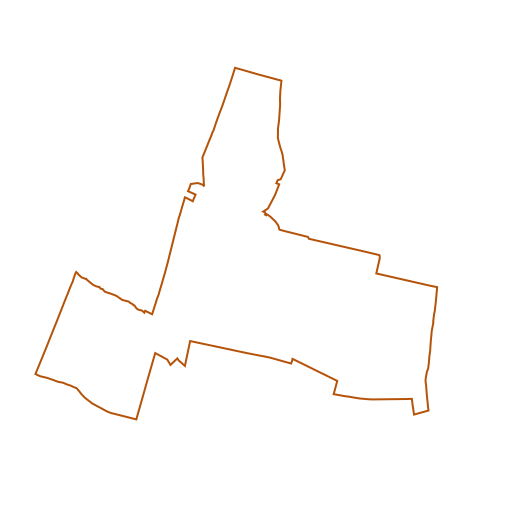 Rediu, Galati, Romania, rotated 100°
{"feature_id": "2599482B99590991527572", "entity_name": "Rediu", "entity_type": "district", "adm_level": 2, "iso_a3": "ROU", "parent_name": "Romania", "parent_adm1": "Galati", "projection": "robinson", "projection_center": [27.841, 45.712], "detail": "fine", "context": "isolated", "style": "outline", "palette": "amber", "viewbox_px": 512, "rotation_deg": 100, "n_neighbors": 0, "source": "geoboundaries", "source_scale": "gbopen_adm2", "svg_char_len": 5337}
<svg xmlns="http://www.w3.org/2000/svg" viewBox="0 0 512 512"><g transform="rotate(100 256 256)"><path d="M363.1,442.6L368.0,443.6L372.2,444.5L378.6,445.8L382.5,446.6L385.1,447.2L393.1,448.9L410.5,452.7L411.9,447.7L412.2,441.8L412.5,439.1L413.1,435.2L414.0,430.5L414.3,428.8L414.3,425.6L414.3,424.0L414.8,422.1L415.5,418.9L415.8,416.0L416.2,414.7L416.7,412.9L417.3,409.8L419.8,406.7L422.3,404.0L425.2,400.0L426.0,398.6L428.4,394.0L430.0,391.0L430.1,390.3L434.7,376.5L435.0,375.6L435.5,373.1L435.8,371.5L437.0,354.7L437.7,345.5L423.1,344.0L394.5,341.1L369.1,338.4L373.4,325.4L378.1,321.3L370.5,315.7L371.2,315.0L372.2,314.1L376.6,306.9L376.4,306.9L351.2,306.1L352.9,257.1L353.2,248.6L353.6,225.0L355.8,202.8L353.1,202.2L351.0,202.2L352.0,198.6L360.4,169.8L364.9,154.3L378.6,155.5L378.6,143.6L378.4,140.6L378.4,133.9L378.3,129.1L377.7,122.0L377.2,117.4L370.7,82.9L369.6,77.7L375.6,75.9L377.6,75.2L384.7,72.8L378.5,59.8L378.2,59.3L372.7,61.0L372.4,61.0L367.6,62.4L365.0,63.1L363.7,63.5L356.8,65.3L354.4,65.8L351.3,66.9L348.8,67.5L345.8,67.6L340.1,67.6L339.8,67.5L337.9,67.1L337.5,67.0L336.6,66.9L334.6,67.1L332.2,67.1L325.2,67.8L319.1,68.0L318.6,68.1L308.3,69.2L303.7,69.5L299.8,69.9L290.4,69.8L290.1,70.1L284.7,70.4L282.4,70.5L278.8,70.4L269.4,71.0L255.2,72.2L255.0,80.0L254.5,90.0L252.3,134.5L237.9,133.8L236.1,133.9L234.4,134.2L234.1,134.3L233.7,134.6L232.8,149.7L229.9,206.1L229.9,206.8L228.2,208.1L226.9,226.2L226.6,230.8L226.1,236.7L225.8,237.7L224.2,238.3L222.3,239.3L221.5,239.9L219.2,242.3L218.1,243.6L217.4,244.7L214.8,248.7L213.3,251.7L213.0,252.7L214.1,253.0L213.7,254.3L213.1,254.1L211.9,254.4L211.4,254.7L211.3,255.2L211.0,256.6L207.2,252.5L194.1,248.3L191.9,247.7L181.4,245.6L180.8,248.6L177.6,247.8L176.1,245.0L168.3,243.0L166.7,242.5L159.9,244.8L157.0,245.7L152.4,247.2L151.8,247.4L150.1,248.2L148.4,249.0L146.3,250.2L145.3,250.7L142.2,252.2L140.4,253.0L138.3,254.0L137.3,254.4L136.3,254.8L135.7,255.0L133.8,255.3L131.4,255.7L127.1,256.4L126.5,256.5L118.8,256.8L102.0,258.6L100.5,259.0L96.7,259.7L94.7,260.0L88.9,260.7L88.5,260.7L87.4,260.8L85.9,260.9L85.5,260.9L83.8,261.1L83.0,261.1L79.6,261.3L79.1,261.3L79.0,261.5L78.9,261.6L78.8,262.2L78.6,265.4L78.3,268.6L76.8,285.4L74.3,309.3L81.3,310.2L92.0,311.7L95.6,312.3L97.4,312.6L109.3,314.5L113.6,315.2L116.1,315.6L120.2,316.5L124.8,317.3L127.2,317.7L131.8,318.5L139.9,319.7L141.9,320.4L143.3,320.6L144.2,320.7L144.3,320.8L144.6,320.8L145.1,320.9L145.3,321.0L145.6,321.0L145.8,321.1L146.0,321.1L146.3,321.2L146.5,321.2L146.8,321.3L147.0,321.3L147.6,321.4L147.7,321.5L147.8,321.5L148.1,321.6L148.4,321.6L148.5,321.6L149.0,321.8L149.4,321.8L149.5,321.9L154.3,322.9L161.5,324.4L165.7,325.3L167.9,325.8L168.4,325.9L169.0,325.7L170.5,325.3L180.9,322.9L185.5,322.0L188.5,321.1L194.4,319.8L195.5,319.4L195.9,319.6L195.5,320.1L195.2,320.6L194.6,323.3L194.3,326.2L196.4,332.7L201.1,333.5L204.0,334.2L206.0,326.2L213.1,327.8L212.4,329.7L210.5,336.1L210.9,336.2L211.3,336.2L211.6,336.3L212.6,336.4L213.1,336.4L214.1,336.5L214.8,336.6L215.5,336.7L216.7,336.8L217.0,336.9L218.3,337.0L218.6,337.0L218.9,337.1L219.2,337.1L219.7,337.2L220.6,337.3L220.8,337.3L221.0,337.3L221.6,337.4L226.5,337.9L228.1,338.1L229.4,338.2L229.5,338.3L230.4,338.4L232.1,338.7L238.0,339.0L238.6,339.1L238.9,339.1L239.0,339.1L239.3,339.1L239.5,339.1L239.9,339.2L240.0,339.2L240.5,339.2L240.8,339.2L241.0,339.2L241.1,339.3L241.6,339.3L241.8,339.3L242.1,339.3L242.6,339.4L242.8,339.4L243.6,339.4L243.9,339.4L244.1,339.5L244.3,339.5L244.5,339.5L244.8,339.5L245.1,339.5L245.3,339.5L245.6,339.6L245.9,339.6L246.1,339.6L246.8,339.7L247.2,339.7L247.3,339.7L247.6,339.7L248.0,339.7L248.3,339.8L248.6,339.8L248.9,339.8L249.3,339.8L249.8,339.9L250.0,339.9L250.5,339.9L251.2,340.0L251.6,340.0L251.9,340.0L252.3,340.0L252.6,340.1L252.8,340.1L253.6,340.1L253.9,340.1L254.0,340.1L254.3,340.2L254.5,340.2L254.8,340.2L255.0,340.2L255.3,340.2L255.9,340.3L256.1,340.3L256.3,340.3L256.6,340.3L256.8,340.3L257.0,340.4L257.4,340.4L257.9,340.4L258.3,340.4L258.5,340.5L258.9,340.5L259.3,340.5L259.5,340.5L260.0,340.6L260.3,340.6L260.6,340.6L261.1,340.6L261.5,340.7L261.9,340.7L262.2,340.7L262.4,340.7L262.6,340.7L263.4,340.8L264.6,340.9L265.0,340.9L265.5,341.0L265.9,341.0L266.2,341.0L266.5,341.0L266.8,341.0L267.6,341.1L268.2,341.1L268.4,341.1L268.5,341.2L268.9,341.2L269.5,341.2L269.9,341.3L270.0,341.3L270.3,341.3L270.9,341.3L271.3,341.4L271.6,341.4L272.7,341.4L273.5,341.5L273.8,341.5L274.0,341.5L274.3,341.6L274.5,341.6L274.8,341.6L275.3,341.6L275.5,341.6L275.8,341.7L276.0,341.7L276.4,341.7L276.5,341.7L284.2,342.4L285.0,342.4L301.0,344.1L301.6,344.2L301.8,344.2L307.6,344.9L311.1,345.2L315.4,346.1L315.6,346.1L318.7,346.5L320.4,346.7L321.8,346.9L322.3,347.0L323.7,347.2L325.7,347.4L326.1,347.5L326.5,347.5L328.6,347.8L330.6,348.1L331.4,348.2L329.2,355.6L331.2,356.1L329.5,358.9L329.4,361.7L328.9,363.7L327.6,365.4L325.7,367.2L325.8,368.1L324.7,369.5L324.1,371.6L323.0,373.3L322.5,380.0L319.5,386.6L318.4,391.9L317.5,398.4L316.1,400.4L315.3,401.1L315.1,403.5L313.7,404.9L313.8,406.7L313.3,409.4L312.5,411.8L308.6,418.7L307.9,419.2L308.1,419.9L308.0,420.5L307.4,423.8L306.4,425.7L305.7,426.4L305.1,427.8L304.1,428.4L303.8,429.4L303.0,430.3L303.5,430.6L307.2,431.3L310.8,431.8L313.4,432.1L315.3,432.7L320.7,433.9L325.1,434.7L331.4,436.1L352.7,440.4L353.3,440.5L363.1,442.6Z" fill="none" stroke="#b45309" stroke-width="2"/></g></svg>